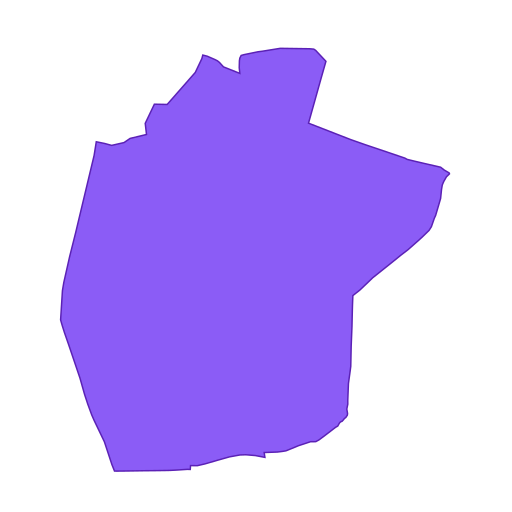 outline of Santa Lucía, San Juan, Argentina, rotated 264°
{"feature_id": "61730980B73949498906302", "entity_name": "Santa Lucía", "entity_type": "district", "adm_level": 2, "iso_a3": "ARG", "parent_name": "Argentina", "parent_adm1": "San Juan", "projection": "mercator", "projection_center": [-68.469, -31.538], "detail": "fine", "context": "isolated", "style": "filled", "palette": "violet", "viewbox_px": 512, "rotation_deg": 264, "n_neighbors": 0, "source": "geoboundaries", "source_scale": "gbopen_adm2", "svg_char_len": 1922}
<svg xmlns="http://www.w3.org/2000/svg" viewBox="0 0 512 512"><g transform="rotate(264 256 256)"><path d="M317.5,457.0L318.1,456.9L318.5,456.7L321.0,453.3L321.8,452.2L325.0,448.9L330.7,432.3L333.8,423.4L336.3,416.4L337.8,414.3L355.4,376.0L361.9,362.3L382.6,322.1L425.9,339.3L442.3,345.9L454.3,336.8L455.7,335.1L456.5,331.0L460.0,301.8L459.0,283.9L458.9,279.4L457.5,265.0L457.3,263.9L457.0,262.2L454.5,260.6L451.9,259.9L445.0,259.0L439.3,259.0L447.5,243.4L452.3,239.9L454.1,238.1L455.6,235.8L459.8,228.4L461.4,224.1L458.0,222.8L444.9,214.8L416.0,183.5L417.6,170.8L399.5,159.7L388.3,159.8L386.1,143.1L382.6,136.6L381.1,124.0L383.7,117.3L386.3,109.1L372.9,105.5L307.2,82.3L298.1,79.1L274.9,70.6L249.8,62.1L241.9,59.9L212.9,55.0L209.4,55.6L206.7,56.1L199.8,57.5L187.0,60.5L170.6,64.2L152.8,68.2L136.0,71.1L126.8,73.1L126.7,73.1L115.2,76.0L109.5,77.8L87.1,85.8L63.6,90.9L56.9,92.8L56.6,95.4L56.1,100.5L53.9,124.9L53.4,129.9L52.2,143.0L51.9,146.4L51.7,149.3L51.4,155.0L51.0,165.5L50.6,168.3L54.4,169.0L53.6,175.7L54.6,183.6L56.9,196.4L59.0,208.6L59.8,219.3L59.4,225.1L57.6,234.5L54.8,243.8L59.7,243.6L58.8,256.8L58.9,261.9L59.1,265.3L59.4,266.5L62.9,278.4L64.5,285.8L65.6,290.8L65.1,296.0L66.5,299.4L71.4,307.6L77.3,317.2L77.9,318.6L78.3,319.5L80.7,321.2L81.2,321.6L82.0,322.5L82.5,323.7L82.6,324.3L82.8,324.5L84.0,325.9L85.1,326.9L86.0,328.4L86.4,328.8L86.6,328.9L88.0,330.1L88.5,330.3L89.9,330.6L94.3,330.3L99.0,331.8L103.0,332.2L119.5,334.6L128.0,336.7L132.5,337.8L136.3,338.7L151.4,340.6L156.1,341.2L176.0,344.1L183.1,345.0L191.6,346.1L197.6,346.9L206.5,348.2L211.4,355.9L219.5,366.4L222.1,369.7L235.4,390.5L241.7,400.2L246.0,407.2L246.5,408.0L252.7,416.7L254.6,419.4L256.9,422.5L257.1,422.8L263.4,430.8L266.8,433.5L274.9,437.3L277.6,438.9L287.3,442.9L293.9,445.6L302.9,447.5L306.5,448.5L307.4,448.8L310.6,450.6L314.9,453.7L315.2,454.1L317.0,456.4L317.5,457.0Z" fill="#8b5cf6" stroke="#5b21b6" stroke-width="1.5"/></g></svg>